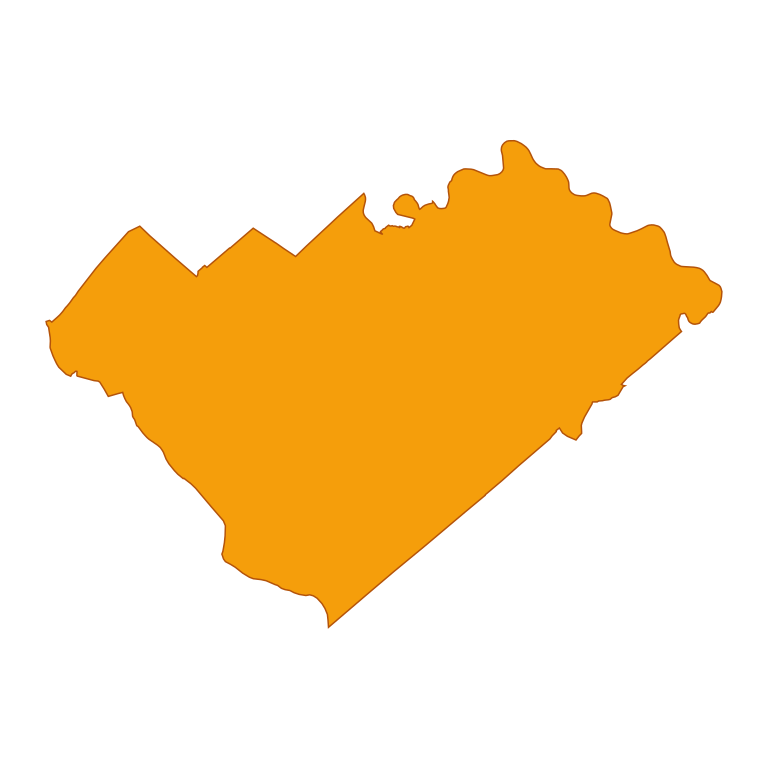 Zamostea, Suceava, Romania (Equal Earth projection)
{"feature_id": "2599482B28326865734351", "entity_name": "Zamostea", "entity_type": "district", "adm_level": 2, "iso_a3": "ROU", "parent_name": "Romania", "parent_adm1": "Suceava", "projection": "equal_earth", "projection_center": [26.217, 47.859], "detail": "fine", "context": "isolated", "style": "filled", "palette": "amber", "viewbox_px": 768, "rotation_deg": 0, "n_neighbors": 0, "source": "geoboundaries", "source_scale": "gbopen_adm2", "svg_char_len": 6094}
<svg xmlns="http://www.w3.org/2000/svg" viewBox="0 0 768 768"><path d="M328.5,627.3L366.5,594.8L394.4,571.1L424.1,546.6L464.9,512.2L485.3,495.2L485.3,494.7L502.1,480.5L518.8,465.6L549.9,438.9L552.1,435.9L556.3,431.6L556.2,430.5L559.4,428.0L562.6,433.0L567.4,436.3L576.0,440.0L579.0,436.1L581.6,433.4L581.6,431.6L581.3,425.5L581.9,423.1L583.1,420.2L584.5,417.0L592.0,403.9L592.3,402.5L592.6,402.0L594.0,401.9L597.2,401.9L598.7,401.0L602.5,400.7L604.5,400.2L608.8,399.7L610.2,399.3L612.2,397.6L615.2,396.8L618.0,395.3L623.1,386.7L624.9,385.8L623.3,385.5L621.4,384.4L627.1,378.0L632.8,373.3L638.0,369.2L643.0,364.9L645.0,363.4L646.7,361.9L647.3,361.1L650.8,358.3L674.0,338.0L681.5,331.5L680.9,330.7L679.4,328.2L679.1,327.0L678.7,324.1L678.5,320.3L678.9,318.7L679.5,317.1L680.1,315.4L680.1,315.1L680.3,314.6L680.7,314.2L681.6,313.8L682.7,313.7L684.1,313.3L684.9,313.5L685.7,314.2L686.7,316.5L687.6,317.7L688.2,319.9L689.0,321.4L689.8,322.2L690.6,322.8L692.3,323.7L693.1,324.0L695.0,324.2L697.9,323.7L699.6,323.1L699.9,322.7L700.6,321.6L702.0,320.0L705.6,316.6L707.6,313.7L708.1,313.2L708.8,312.9L709.5,313.0L710.0,312.9L710.5,312.4L711.0,311.7L711.4,311.5L712.2,312.2L712.8,312.2L713.1,312.1L714.2,310.8L718.5,305.6L719.6,303.8L720.4,302.0L721.0,299.6L721.5,296.8L721.9,291.7L721.0,288.5L720.4,287.0L719.9,286.3L719.0,285.3L710.2,280.6L709.6,279.9L707.0,275.4L704.3,271.8L702.8,270.3L700.8,269.0L699.3,268.3L696.5,267.6L693.7,267.2L683.5,266.6L681.3,266.4L680.2,266.0L676.6,264.3L674.9,262.9L674.0,261.9L672.3,259.1L671.1,256.6L670.6,255.1L670.1,251.5L667.4,242.5L665.9,236.9L664.7,233.5L664.2,232.3L662.0,229.4L660.8,228.1L659.8,227.1L658.7,226.4L657.7,226.0L653.8,225.0L651.6,224.9L649.1,225.2L647.9,225.5L646.6,226.1L641.4,228.8L637.0,230.8L629.6,233.3L627.9,233.8L627.0,233.9L624.6,233.7L622.1,233.2L620.6,232.8L615.2,230.5L613.2,229.5L612.2,228.8L611.4,228.0L610.4,226.6L609.9,225.5L609.8,224.9L609.9,223.7L611.8,214.3L611.8,212.9L610.4,206.0L609.6,202.9L608.1,199.7L607.3,198.5L603.0,196.0L599.9,194.5L596.3,193.3L594.7,193.0L593.3,193.0L591.6,193.3L586.6,195.4L585.0,195.8L583.5,195.9L581.1,195.9L577.0,195.4L575.3,195.0L574.1,194.5L571.6,192.8L570.3,191.3L569.5,190.0L569.2,189.0L569.0,188.1L568.8,184.1L568.6,182.1L568.1,180.6L567.4,179.0L566.4,177.0L564.6,174.2L562.6,171.8L561.7,170.9L560.7,170.2L559.8,169.8L558.4,169.1L557.7,169.0L550.9,168.8L545.7,168.8L545.0,168.6L543.7,168.1L541.0,167.0L539.5,166.2L538.4,165.4L536.3,163.6L535.7,163.0L534.3,161.2L533.0,159.2L532.0,157.1L530.7,154.2L529.0,150.8L527.8,149.1L526.1,147.2L523.7,145.3L521.3,143.6L517.1,141.5L515.5,141.0L514.1,140.7L509.0,140.8L506.9,141.2L504.6,142.7L503.9,143.4L502.7,144.8L502.2,145.7L501.6,147.1L501.4,148.5L501.3,149.7L501.4,150.9L502.5,155.3L503.1,161.9L503.6,168.1L503.1,169.9L502.5,170.9L501.9,171.8L500.0,173.5L498.0,174.5L497.3,174.7L491.9,175.6L489.7,175.7L488.0,175.4L486.0,174.7L473.7,169.7L471.2,169.2L465.8,168.9L463.7,169.0L459.8,170.7L457.6,171.7L456.2,172.7L454.8,173.9L453.6,175.3L452.8,176.8L452.2,178.3L451.6,180.5L451.3,180.9L450.2,181.7L449.8,182.2L448.4,185.1L448.2,185.7L447.9,187.1L448.0,187.7L448.4,189.8L448.4,191.4L448.9,194.9L449.2,197.6L448.8,199.5L448.6,201.0L447.8,203.6L446.0,207.5L445.3,208.0L444.2,208.3L441.6,208.6L439.5,208.5L437.6,207.8L437.0,206.9L435.9,205.5L434.8,203.7L433.0,201.6L432.6,201.3L432.6,201.7L432.8,202.4L432.3,203.1L431.2,203.5L428.7,204.0L425.1,205.2L423.0,206.5L420.4,208.9L419.7,209.3L419.2,208.6L418.5,206.5L418.2,205.1L417.4,203.4L415.6,201.0L414.3,199.6L413.9,198.2L412.7,196.7L411.6,196.1L410.0,195.6L408.0,194.6L407.2,194.4L405.8,194.4L404.9,194.5L402.6,195.1L401.0,195.9L399.7,196.8L397.9,198.9L397.0,199.6L394.9,201.8L394.4,202.5L394.0,203.9L393.4,205.5L393.7,208.4L395.9,212.4L397.7,214.4L412.3,218.0L413.5,218.4L414.8,219.1L411.8,225.3L409.0,227.6L408.4,226.5L408.0,226.2L407.7,226.2L406.9,226.5L405.9,226.6L405.5,226.8L404.7,227.9L404.4,228.1L404.2,228.2L403.5,228.1L401.3,226.8L400.1,226.4L399.8,226.3L399.5,226.4L399.5,226.6L399.8,227.3L399.6,227.5L399.4,227.6L398.5,227.0L397.0,226.8L396.3,226.4L395.7,226.2L394.4,226.1L393.5,226.3L392.2,225.7L391.2,226.0L390.4,226.0L389.6,225.8L388.7,225.2L388.5,225.3L385.7,227.5L385.3,228.3L383.5,228.9L383.0,229.2L381.8,230.5L380.5,231.5L380.4,231.7L380.6,232.0L381.6,233.3L382.0,233.6L382.3,234.0L382.2,234.1L381.3,233.8L374.9,230.8L373.6,226.8L372.5,224.5L371.7,223.1L366.1,217.9L365.1,216.7L364.2,215.2L363.7,214.1L363.3,212.6L363.2,210.5L363.3,209.8L363.9,207.1L365.3,201.4L365.5,199.7L365.5,198.4L365.4,197.3L364.9,195.8L364.6,194.9L363.8,193.4L337.4,217.2L330.5,223.7L306.9,245.6L295.6,256.5L284.1,248.8L275.7,242.9L275.4,242.8L253.2,228.2L230.0,248.2L229.6,248.0L206.9,267.4L204.7,265.5L202.5,267.2L202.5,267.5L198.1,271.3L198.0,273.3L197.5,275.6L196.4,276.6L175.2,258.3L149.7,235.7L139.8,226.2L128.5,231.7L104.6,258.3L96.1,268.2L78.3,291.1L75.5,295.4L73.4,297.7L69.7,302.9L67.2,305.9L65.5,307.7L62.6,311.7L59.7,315.0L56.9,317.6L51.8,322.1L49.5,320.4L46.1,321.5L46.7,324.5L48.6,327.3L50.2,337.6L50.4,341.0L50.1,347.1L50.3,348.4L53.0,355.9L55.0,360.3L56.7,363.8L58.8,367.2L66.2,374.3L70.7,376.2L71.4,374.9L72.2,373.7L74.2,372.6L75.0,371.7L75.9,371.2L76.9,371.4L77.0,372.1L76.9,373.5L76.9,375.6L77.3,376.1L94.0,380.6L98.1,381.1L99.8,382.1L104.2,389.1L108.3,396.4L118.0,393.6L122.7,392.4L123.5,395.3L124.8,398.5L126.4,401.6L128.0,403.6L129.6,405.8L130.7,407.7L132.2,411.7L132.4,414.1L132.6,416.2L133.3,417.7L134.2,418.9L134.9,420.3L136.6,425.2L136.9,425.8L138.1,426.5L143.0,433.1L145.5,435.9L147.0,437.5L148.9,439.2L157.5,445.1L160.3,447.5L162.4,450.5L163.4,452.2L166.1,459.1L168.9,463.8L174.4,470.6L177.9,474.3L183.2,478.6L183.9,478.3L190.9,483.7L195.5,488.1L211.8,507.4L223.4,520.8L225.4,525.7L225.1,535.9L224.4,542.8L222.9,551.3L221.9,554.1L223.5,558.9L225.4,561.6L230.5,564.3L235.2,567.2L242.8,573.2L249.4,577.2L253.3,578.7L261.1,579.6L266.1,580.7L275.1,584.6L277.6,585.4L281.4,588.3L285.0,589.6L289.9,590.5L294.1,592.7L299.2,594.4L305.9,595.5L309.7,594.8L313.3,595.8L317.1,598.2L322.0,603.6L325.0,608.5L327.4,614.4L328.0,619.9L328.5,627.3Z" fill="#f59e0b" stroke="#b45309" stroke-width="1.5"/></svg>